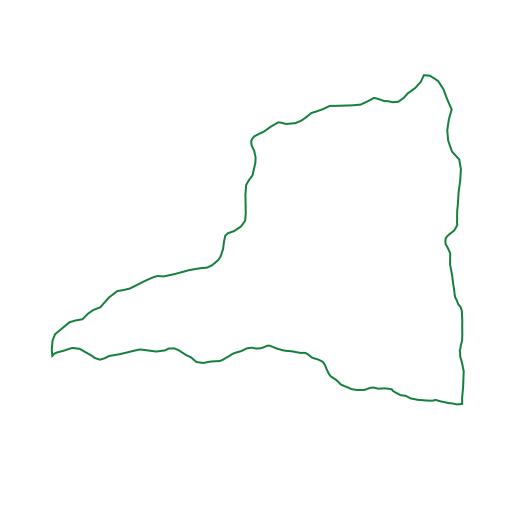 outline of Gasetsho Gom, Wangdi Phodrang, Bhutan, rotated 355°
{"feature_id": "84629894B12235536926610", "entity_name": "Gasetsho Gom", "entity_type": "district", "adm_level": 2, "iso_a3": "BTN", "parent_name": "Bhutan", "parent_adm1": "Wangdi Phodrang", "projection": "natural_earth1", "projection_center": [89.875, 27.432], "detail": "fine", "context": "isolated", "style": "outline", "palette": "green", "viewbox_px": 512, "rotation_deg": 355, "n_neighbors": 0, "source": "geoboundaries", "source_scale": "gbopen_adm2", "svg_char_len": 3067}
<svg xmlns="http://www.w3.org/2000/svg" viewBox="0 0 512 512"><g transform="rotate(355 256 256)"><path d="M439.0,90.6L435.3,96.9L429.4,102.4L421.5,107.1L416.8,111.5L411.3,114.7L405.4,114.7L401.2,113.3L397.4,112.9L391.5,110.2L387.3,108.8L381.0,111.5L373.4,114.3L364.9,114.3L348.9,113.4L342.6,112.9L335.0,115.7L327.8,117.5L323.6,118.4L318.1,122.1L312.7,125.2L306.8,127.1L297.5,127.1L292.4,125.3L289.9,124.8L281.9,128.5L275.1,132.6L269.2,134.8L264.6,136.7L262.5,138.9L261.2,141.2L261.2,145.3L263.4,151.2L264.2,158.0L263.4,163.5L261.3,169.8L259.6,175.3L254.9,180.7L252.4,184.4L250.8,193.9L249.5,212.6L248.3,219.8L243.6,225.3L236.0,229.4L230.1,230.8L227.2,233.0L225.5,238.5L223.8,246.2L220.5,253.7L217.9,256.9L214.6,259.2L211.2,261.5L206.1,263.3L199.8,263.3L188.4,264.2L172.8,267.0L162.3,268.3L156.4,267.4L153.0,267.9L148.4,269.3L142.1,271.6L127.3,277.5L120.6,278.4L114.7,278.9L106.2,284.3L100.3,289.8L96.6,293.4L89.0,295.7L83.5,298.9L77.6,303.9L71.3,304.4L64.5,305.7L49.0,316.4L46.0,322.4L44.3,331.9L44.4,337.7L46.7,335.7L49.1,334.8L56.6,333.5L64.1,331.7L65.8,331.7L72.5,333.2L76.8,336.3L84.1,341.3L86.4,343.5L91.6,345.7L96.3,344.7L100.9,342.8L111.9,341.9L126.6,339.7L132.4,339.0L141.1,340.9L148.4,342.5L157.1,342.1L160.8,340.6L166.6,340.9L170.7,343.1L177.9,348.7L182.3,351.2L187.5,356.5L194.4,358.0L198.2,357.5L201.7,357.2L205.7,357.3L210.5,357.5L213.9,356.5L216.9,355.0L220.1,353.6L223.4,351.8L226.3,350.7L233.2,349.4L238.2,347.4L240.0,347.1L244.2,347.0L245.7,347.6L248.6,348.3L252.8,348.3L255.4,347.7L259.7,346.3L261.6,346.5L265.4,348.3L267.6,349.5L269.5,350.4L272.0,351.2L273.9,352.1L278.2,353.2L282.6,353.9L285.7,354.7L288.4,355.5L291.8,356.4L296.5,356.8L299.1,358.4L300.6,359.9L303.1,362.2L306.1,363.5L308.0,364.1L311.1,365.8L313.1,367.1L314.2,368.6L315.4,371.2L316.3,374.4L318.3,379.7L320.0,382.5L322.3,384.2L324.9,386.3L326.8,388.3L329.1,391.2L332.1,393.0L336.1,394.9L339.5,396.9L343.3,397.9L345.2,398.3L349.7,398.6L351.6,398.9L353.4,398.6L356.7,397.7L359.6,397.2L361.7,397.3L366.0,398.8L372.7,399.1L376.0,399.7L379.6,400.6L380.7,402.3L382.7,403.9L387.8,407.2L392.8,408.3L398.0,411.5L400.3,412.1L404.7,413.4L414.4,415.0L418.1,415.4L420.3,415.5L422.1,414.9L424.1,415.7L428.0,417.2L430.4,417.8L435.0,419.3L439.3,420.1L443.3,421.4L448.5,421.3L449.0,415.2L450.9,404.6L452.9,388.8L452.5,386.0L452.1,381.9L451.5,378.2L450.6,373.7L451.0,370.5L450.7,368.0L451.6,365.7L452.4,362.5L454.0,358.0L454.6,353.0L455.1,346.8L455.4,342.7L455.8,339.4L456.0,335.8L456.1,332.7L456.3,328.8L455.4,324.7L453.2,321.6L452.2,317.8L450.8,314.4L450.5,310.8L450.5,308.2L450.2,303.8L450.0,301.2L449.7,292.5L448.6,281.3L449.7,270.1L447.6,264.3L446.8,262.5L446.0,260.7L445.9,257.7L446.6,254.8L447.8,253.4L449.2,252.2L451.4,250.6L453.4,249.4L455.4,248.0L457.4,245.5L459.2,242.6L459.2,239.6L459.6,236.8L459.7,234.9L460.1,231.2L460.4,228.4L461.0,225.3L461.5,222.6L463.5,209.5L466.0,198.7L467.7,187.2L466.8,177.5L460.3,169.0L457.5,157.7L457.5,147.4L460.0,136.8L463.7,127.1L460.3,117.1L457.2,106.1L452.7,97.6L445.1,91.6L440.9,90.8L439.0,90.6Z" fill="none" stroke="#15803d" stroke-width="2"/></g></svg>